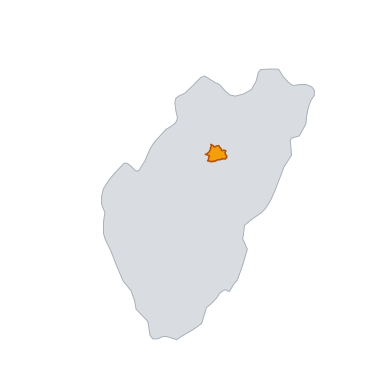 Ura, Bumthang, Bhutan (highlighted), rotated 297°
{"feature_id": "84629894B11205688340318", "entity_name": "Ura", "entity_type": "district", "adm_level": 2, "iso_a3": "BTN", "parent_name": "Bhutan", "parent_adm1": "Bumthang", "projection": "orthographic", "projection_center": [90.899, 27.459], "detail": "fine", "context": "in_parent", "style": "filled", "palette": "amber", "viewbox_px": 384, "rotation_deg": 297, "n_neighbors": 0, "source": "geoboundaries", "source_scale": "gbopen_adm2", "svg_char_len": 4800}
<svg xmlns="http://www.w3.org/2000/svg" viewBox="0 0 384 384"><g transform="rotate(297 192 192)"><path d="M300.3,166.8L299.8,169.1L297.3,175.1L295.7,181.7L297.1,187.1L302.8,193.5L310.3,198.5L319.9,198.8L328.8,196.8L332.3,197.6L337.2,206.1L340.7,213.4L336.1,221.1L333.6,227.8L332.7,232.6L333.3,234.6L336.2,238.5L339.6,245.0L340.1,251.0L338.1,255.0L333.5,257.1L328.6,256.5L324.6,256.6L319.6,257.4L311.7,259.7L304.4,262.6L290.6,262.1L285.1,256.2L282.5,256.2L270.0,264.0L256.4,262.6L231.6,265.2L221.2,265.8L210.6,265.0L205.2,263.3L195.2,257.9L186.1,253.9L176.9,257.4L173.6,258.1L166.1,267.3L150.1,270.3L134.0,272.4L129.3,271.1L120.3,270.5L120.0,268.3L120.3,266.2L118.3,264.5L114.6,262.7L108.3,261.9L100.3,259.5L95.7,257.3L79.2,260.3L69.7,255.3L59.0,248.4L53.5,245.4L51.7,234.9L49.9,231.6L45.6,228.0L43.3,223.8L45.3,219.6L56.2,211.8L57.1,210.0L62.3,195.3L69.3,190.0L76.3,182.6L81.6,170.8L91.7,158.8L102.7,146.4L110.3,136.3L115.3,131.6L125.6,126.6L134.2,123.7L140.1,117.0L147.3,113.3L154.6,111.6L165.5,112.6L175.7,115.1L186.9,118.5L188.2,121.3L187.2,126.1L185.6,131.0L185.5,133.5L187.2,134.9L198.2,135.9L211.7,135.1L219.3,135.8L236.1,140.4L241.0,143.6L246.2,146.0L251.2,145.6L257.6,140.3L264.3,135.9L268.4,135.1L271.4,136.6L276.8,140.8L287.9,144.7L297.8,147.7L301.1,150.5L300.0,162.7L300.3,166.8Z" fill="#d9dde1" stroke="#a8b0b8" stroke-width="1"/><path d="M227.4,194.6L227.5,194.7L227.5,194.9L227.6,195.0L227.8,195.2L227.9,195.3L228.0,195.5L228.0,195.8L228.3,196.1L228.3,196.4L228.3,196.5L228.7,196.6L228.9,196.7L229.0,196.7L229.2,196.9L229.2,197.0L229.3,197.1L229.3,197.3L229.2,197.4L229.2,197.6L229.5,197.9L229.5,198.0L229.6,198.3L229.8,198.2L230.0,198.2L230.1,198.4L230.3,198.5L230.4,198.8L230.5,199.0L230.8,199.2L230.8,199.3L231.0,199.4L231.2,199.5L231.3,199.6L231.5,199.6L231.9,199.7L232.0,199.8L232.1,200.0L232.2,200.3L232.3,200.3L232.5,200.4L232.6,200.5L232.7,200.8L232.7,201.0L232.8,201.3L232.9,201.5L233.0,201.5L233.2,201.8L233.2,202.0L233.3,202.1L233.4,202.3L233.6,202.4L233.8,202.4L233.9,202.5L234.0,202.5L234.3,202.9L234.3,203.0L234.5,203.1L234.8,203.2L234.9,203.3L235.0,203.6L235.1,203.8L235.1,204.1L235.4,204.0L235.5,204.0L235.5,204.3L235.7,204.5L235.8,204.8L235.9,205.2L236.0,205.4L236.1,205.6L236.2,205.9L236.2,206.1L236.3,206.2L236.4,206.3L236.5,206.4L236.6,206.5L236.6,206.8L237.0,206.9L237.4,206.8L237.5,206.9L237.8,206.9L237.8,207.0L238.0,207.2L238.3,207.2L238.4,207.3L238.6,207.3L238.6,207.2L238.9,207.0L239.0,206.7L239.3,206.6L239.5,206.6L239.9,206.6L240.0,206.5L240.0,206.4L240.2,206.1L240.3,205.9L240.4,205.7L240.5,205.6L240.5,205.4L240.5,205.2L240.5,204.8L240.8,204.6L241.0,204.5L241.1,204.4L241.5,204.2L241.9,203.9L242.0,203.7L242.3,203.4L242.6,203.4L242.8,203.5L243.0,203.5L243.1,203.4L243.3,203.4L243.3,203.5L243.5,203.5L243.8,203.6L244.0,203.4L244.1,203.1L244.1,202.8L244.0,202.7L244.0,202.4L243.9,202.2L243.8,201.8L243.9,201.7L243.7,201.3L243.6,201.2L243.5,200.9L243.4,200.9L243.1,200.7L242.9,200.6L242.7,200.4L242.5,200.1L242.4,199.9L242.5,199.7L242.5,199.4L242.7,199.2L242.8,199.2L243.0,199.0L243.2,198.8L243.3,198.7L243.5,198.6L243.6,198.4L243.8,198.1L243.9,197.8L243.9,197.7L244.0,197.7L244.1,197.4L244.3,196.9L244.4,196.5L244.5,196.2L244.7,195.9L244.9,195.6L245.4,195.1L245.4,194.8L245.1,194.1L244.8,193.7L244.0,192.8L243.3,192.5L243.2,192.3L242.7,192.2L242.4,191.9L242.3,191.4L242.3,191.1L242.4,190.6L242.7,190.4L243.0,189.9L242.9,189.5L242.8,189.0L242.9,188.7L242.8,188.4L242.9,188.2L242.8,187.9L243.2,187.8L243.2,187.7L243.0,187.4L242.9,187.3L242.6,187.6L242.3,187.9L242.2,188.0L241.9,188.1L241.7,188.1L241.4,188.3L241.2,188.5L240.9,188.5L240.7,188.5L240.2,188.5L240.1,188.4L239.9,188.4L239.7,188.4L239.6,188.5L239.4,188.6L239.3,188.8L239.2,188.8L239.0,188.7L238.9,188.8L238.8,189.0L238.6,189.1L238.4,189.1L238.0,189.1L237.8,189.1L237.6,189.1L237.4,189.0L237.2,189.1L236.9,189.0L236.7,189.0L236.4,189.1L236.2,189.1L235.9,189.0L235.7,189.0L235.3,189.0L235.2,189.0L235.0,188.9L234.9,188.8L234.7,188.7L234.4,188.5L234.1,188.5L234.0,188.4L233.9,188.4L233.6,188.3L233.4,188.3L233.4,188.2L233.2,188.1L232.9,188.0L232.9,187.9L232.7,187.8L232.7,187.7L232.4,187.6L232.3,187.4L232.2,187.4L232.0,187.1L231.9,187.0L231.8,186.9L231.6,186.9L231.6,187.0L231.8,187.4L231.8,187.5L231.8,187.8L231.8,188.0L232.0,188.2L232.0,188.4L232.0,188.6L232.0,188.8L232.0,189.0L232.0,189.5L232.0,189.9L232.0,190.1L232.2,190.3L232.3,190.5L232.3,190.9L232.2,191.1L232.0,191.3L231.8,191.4L231.6,191.5L231.3,191.3L231.1,191.3L230.7,191.2L230.4,191.2L230.1,191.3L229.9,191.4L229.6,191.6L229.3,191.6L229.0,191.6L228.7,191.7L228.2,191.9L227.8,191.9L227.5,191.8L227.1,191.7L226.9,191.8L227.0,192.1L227.1,192.3L227.1,192.5L227.1,192.8L227.3,192.9L227.3,193.0L227.4,193.3L227.6,193.5L227.6,193.8L227.5,194.0L227.6,194.3L227.5,194.5L227.4,194.6Z" fill="#f59e0b" stroke="#b45309" stroke-width="1.5"/></g></svg>